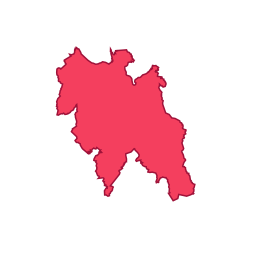 Huauchinango, Puebla, Mexico, rotated 132°
{"feature_id": "50627088B14545810389102", "entity_name": "Huauchinango", "entity_type": "district", "adm_level": 2, "iso_a3": "MEX", "parent_name": "Mexico", "parent_adm1": "Puebla", "projection": "albers", "projection_center": [-98.05, 20.178], "detail": "fine", "context": "isolated", "style": "filled", "palette": "rose", "viewbox_px": 256, "rotation_deg": 132, "n_neighbors": 0, "source": "geoboundaries", "source_scale": "gbopen_adm2", "svg_char_len": 5818}
<svg xmlns="http://www.w3.org/2000/svg" viewBox="0 0 256 256"><g transform="rotate(132 128 128)"><path d="M70.9,181.4L76.9,187.1L77.8,187.6L77.6,187.8L78.8,188.9L79.3,188.3L80.5,188.4L81.0,187.2L81.4,187.9L82.7,187.3L83.1,187.7L83.1,189.4L82.3,190.0L82.7,190.2L82.9,191.1L81.4,192.6L81.0,193.8L83.0,192.1L83.0,191.2L84.1,190.5L86.6,186.5L87.1,186.7L88.3,184.9L87.9,184.6L88.5,184.1L89.3,184.7L89.4,184.0L89.8,184.0L89.8,184.4L91.7,184.6L92.5,185.1L93.3,184.9L94.2,188.5L95.8,191.2L97.6,191.7L99.1,192.7L99.9,192.8L102.2,194.6L103.1,197.2L103.9,198.5L104.5,203.2L104.3,212.4L103.4,213.8L102.2,217.5L103.0,218.6L102.6,219.7L102.8,220.5L103.9,219.9L104.3,220.5L105.2,219.5L105.6,219.9L107.5,218.3L109.2,217.8L111.5,219.1L112.3,220.7L112.7,219.6L112.7,218.5L120.0,220.7L120.3,220.2L120.9,220.3L121.2,218.6L121.7,218.3L121.7,217.2L122.3,216.7L129.1,217.4L129.0,218.4L129.6,219.6L130.8,220.2L131.8,220.2L134.4,218.2L136.1,216.3L135.9,215.3L136.7,214.1L137.5,213.7L137.6,212.7L139.6,211.2L139.7,210.6L139.1,209.5L139.7,208.3L139.1,206.0L142.4,204.3L143.5,204.3L143.9,203.7L145.7,203.3L147.7,202.0L149.2,201.5L149.6,199.7L153.1,199.8L156.2,198.6L157.2,197.1L158.4,196.5L158.4,196.1L159.8,195.6L159.6,194.4L161.2,193.8L161.3,192.7L161.9,191.6L165.7,189.6L165.1,188.4L162.8,187.6L161.4,186.6L161.2,186.0L160.0,185.7L160.1,183.9L158.3,182.5L157.5,182.5L157.3,182.0L155.1,181.4L153.5,181.6L151.0,180.7L149.4,181.4L147.3,181.3L145.9,181.9L144.9,181.8L148.0,178.5L148.8,178.3L149.6,176.7L151.5,177.1L153.5,176.4L153.8,175.6L155.2,174.2L157.3,170.7L159.0,169.4L159.9,169.3L161.1,167.5L165.8,168.7L166.0,168.3L168.6,167.6L168.8,160.3L170.0,158.9L172.7,159.0L173.2,157.7L173.0,156.2L172.0,155.3L172.1,154.1L171.7,152.9L172.6,152.0L173.7,148.8L173.9,147.3L173.7,142.3L173.1,142.0L173.3,141.2L173.8,141.0L173.3,139.3L173.2,140.7L172.6,141.1L172.7,140.2L172.3,140.4L172.1,140.0L172.7,139.5L172.5,139.3L171.8,139.5L171.3,139.4L171.8,140.0L171.3,140.9L170.6,139.9L169.9,140.2L170.1,140.6L169.5,141.2L169.2,140.3L169.6,139.6L169.3,139.4L168.9,140.0L167.5,140.4L166.4,140.0L165.4,140.3L166.0,139.7L165.1,137.8L163.4,138.2L163.1,134.0L163.7,134.1L163.1,133.7L165.3,133.5L163.7,132.8L163.7,132.4L164.6,132.7L163.9,131.7L163.9,131.3L165.8,132.9L166.5,132.4L169.1,132.5L169.4,133.1L170.3,133.4L173.5,132.6L174.9,131.8L174.8,131.1L173.8,129.6L174.9,129.2L175.3,127.4L177.4,126.3L178.1,124.8L179.8,123.5L181.8,123.2L181.9,122.2L183.7,118.7L183.2,117.1L184.1,116.4L185.3,116.4L181.7,113.2L181.6,112.4L181.9,111.8L184.1,111.3L184.3,110.8L183.8,109.8L184.4,109.7L185.5,107.4L186.2,107.3L186.4,107.0L185.3,106.3L185.8,105.8L186.1,104.8L185.5,104.6L185.5,104.1L186.2,104.2L186.4,103.3L186.7,103.2L187.1,103.8L187.8,104.0L190.4,103.5L193.4,100.5L192.4,99.4L192.1,97.3L190.7,96.5L189.4,97.8L188.3,97.5L186.9,98.1L186.0,97.8L184.5,98.1L183.2,99.0L181.9,99.4L181.7,100.0L182.8,102.4L168.2,103.4L166.6,104.1L166.0,106.0L165.2,106.1L163.9,105.4L162.7,105.4L161.8,105.0L161.3,105.8L161.8,106.4L161.7,106.7L160.0,106.1L157.4,107.0L157.8,106.4L155.4,107.0L154.1,107.1L154.0,106.7L152.0,108.4L149.9,111.3L148.6,112.4L143.8,109.7L139.2,109.6L139.0,109.1L139.7,107.9L139.8,104.4L140.4,102.0L141.4,101.1L142.6,100.7L145.0,101.0L146.8,100.6L147.1,99.8L147.1,99.4L144.3,97.9L143.5,97.1L144.2,97.0L144.2,95.1L145.2,96.0L144.4,94.1L145.5,94.6L145.5,93.5L146.0,92.0L145.5,89.8L144.6,88.6L145.4,87.7L145.8,86.5L145.1,84.9L147.4,83.8L146.4,82.0L144.6,80.5L142.9,77.2L144.0,74.6L145.5,73.5L146.0,72.5L149.1,71.3L149.7,70.3L148.2,69.5L148.0,68.9L147.6,69.0L147.4,69.9L146.6,69.8L143.4,70.5L142.3,69.7L141.3,69.5L140.4,67.6L139.4,66.5L139.9,65.8L139.8,64.0L141.5,62.6L141.3,61.9L142.4,60.5L142.5,59.5L144.6,58.3L145.3,56.7L147.7,54.9L148.1,53.6L149.4,54.3L151.8,45.8L147.1,43.8L143.4,45.8L139.4,38.8L135.6,36.7L134.2,36.3L133.5,35.4L132.7,35.3L132.6,36.3L130.9,36.8L129.5,38.0L129.5,38.7L127.7,39.2L125.2,40.6L125.6,41.4L126.0,43.3L125.5,43.9L125.8,44.6L125.5,45.4L124.9,45.8L124.8,47.0L122.3,50.0L121.8,52.4L121.1,52.5L122.0,54.2L121.3,54.8L121.4,55.7L120.5,56.8L120.3,57.5L119.0,58.8L119.3,59.8L119.0,60.3L119.9,61.2L119.8,61.8L116.2,63.4L113.4,63.7L112.9,64.4L113.0,66.1L111.0,68.9L109.7,72.1L108.8,72.7L107.4,72.4L106.0,72.9L103.0,78.0L100.8,78.7L100.6,79.6L100.1,79.9L98.8,80.1L98.3,79.5L97.2,79.9L97.1,81.0L96.1,81.3L95.9,81.9L93.7,81.2L93.1,82.5L92.5,83.0L91.3,83.0L90.6,83.9L91.3,84.7L91.8,87.1L91.3,87.7L90.5,87.7L89.2,89.0L89.5,89.7L88.8,90.0L88.8,91.1L88.4,91.6L88.9,93.0L88.1,94.4L89.4,99.4L91.2,102.2L90.4,106.4L91.6,110.1L87.4,117.7L86.2,119.1L84.2,120.1L84.2,121.9L82.9,122.6L81.9,124.8L81.2,124.9L80.7,125.4L80.7,125.8L78.8,126.7L78.5,129.4L77.5,132.1L75.8,132.9L75.5,132.7L74.3,133.9L74.4,131.4L73.8,130.5L74.1,130.2L74.1,129.3L72.2,128.2L69.8,129.2L68.9,130.6L69.0,131.4L68.5,131.7L68.6,133.5L67.8,133.9L68.1,134.4L68.1,136.2L69.1,136.5L69.3,136.8L68.8,137.1L67.6,136.7L67.4,137.0L69.9,140.6L68.4,141.7L67.1,142.1L67.1,144.1L67.9,145.0L67.8,145.4L67.1,145.4L66.7,145.8L65.9,145.2L65.7,144.6L64.7,144.2L64.2,144.6L64.3,145.3L63.9,145.7L62.7,145.6L62.6,147.0L63.0,147.9L62.9,149.1L63.7,149.5L64.6,150.9L65.3,150.9L65.3,151.5L67.2,150.6L67.5,150.3L67.3,150.1L67.6,149.6L68.4,150.0L68.6,150.5L69.0,149.9L70.0,150.5L71.3,150.2L72.8,150.5L72.8,150.2L75.8,150.9L78.7,152.6L81.8,152.7L82.6,153.0L83.6,154.2L85.0,154.3L87.2,155.0L88.8,154.3L89.4,153.4L89.2,152.3L90.6,151.5L91.7,151.8L92.3,152.7L92.2,153.9L90.3,156.6L89.0,157.9L88.6,158.9L88.3,161.3L89.7,164.4L89.4,165.3L87.7,166.7L86.6,169.4L84.9,171.2L84.1,171.3L83.1,170.6L81.7,170.4L79.1,171.7L77.8,170.8L76.9,169.6L76.5,169.9L76.6,169.6L76.3,169.6L76.1,169.9L75.4,168.3L73.5,168.7L73.7,169.5L73.4,170.3L74.0,170.4L74.0,170.8L73.4,171.1L73.3,171.6L72.3,172.6L72.6,173.2L71.8,173.3L71.7,174.2L71.0,175.1L71.5,175.6L71.0,177.4L71.8,179.4L70.9,181.4Z" fill="#f43f5e" stroke="#9f1239" stroke-width="1.5"/></g></svg>